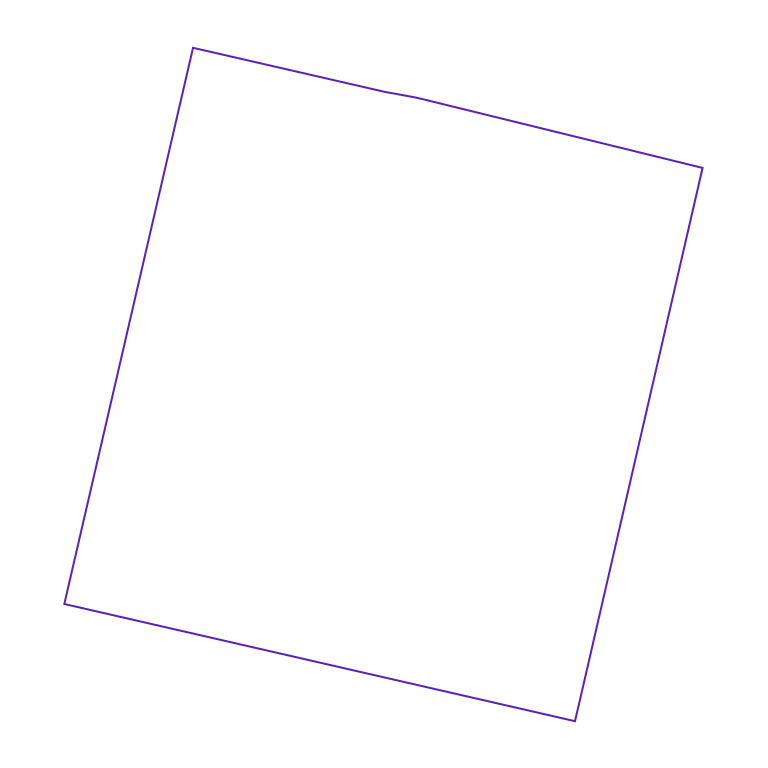 Logan, Nebraska, United States of America, rotated 103°
{"feature_id": "52423323B8121394527401", "entity_name": "Logan", "entity_type": "district", "adm_level": 2, "iso_a3": "USA", "parent_name": "United States of America", "parent_adm1": "Nebraska", "projection": "robinson", "projection_center": [-100.486, 41.567], "detail": "fine", "context": "isolated", "style": "outline", "palette": "violet", "viewbox_px": 768, "rotation_deg": 103, "n_neighbors": 0, "source": "geoboundaries", "source_scale": "gbopen_adm2", "svg_char_len": 259}
<svg xmlns="http://www.w3.org/2000/svg" viewBox="0 0 768 768"><g transform="rotate(103 384 384)"><path d="M652.0,122.0L101.8,122.2L97.7,416.9L99.2,449.1L99.4,645.7L670.3,646.0L669.6,122.1L652.0,122.0Z" fill="none" stroke="#5b21b6" stroke-width="2"/></g></svg>